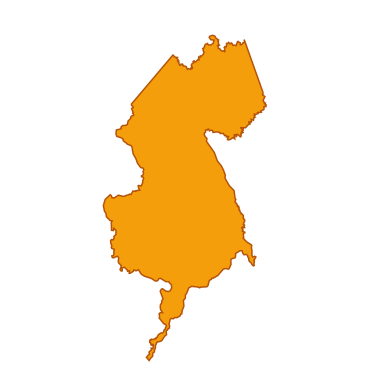 Barbacoas, Nariño, Colombia (Robinson projection), rotated 153°
{"feature_id": "7082276B69446102501587", "entity_name": "Barbacoas", "entity_type": "district", "adm_level": 2, "iso_a3": "COL", "parent_name": "Colombia", "parent_adm1": "Nariño", "projection": "robinson", "projection_center": [-78.08, 1.496], "detail": "fine", "context": "isolated", "style": "filled", "palette": "amber", "viewbox_px": 384, "rotation_deg": 153, "n_neighbors": 0, "source": "geoboundaries", "source_scale": "gbopen_adm2", "svg_char_len": 6038}
<svg xmlns="http://www.w3.org/2000/svg" viewBox="0 0 384 384"><g transform="rotate(153 192 192)"><path d="M284.0,147.7L280.4,147.9L279.1,149.0L277.7,147.2L275.0,147.0L274.5,141.8L272.7,138.7L267.5,133.5L265.1,129.3L263.0,128.5L260.8,129.8L259.3,129.4L255.9,123.9L253.3,122.6L253.4,121.3L252.5,118.9L253.6,115.8L256.2,113.9L258.1,114.0L260.4,115.6L262.1,119.1L263.5,119.3L265.4,118.0L266.3,110.0L268.1,109.0L269.4,106.8L271.1,106.1L272.5,104.0L273.4,101.4L273.0,97.8L275.1,98.9L276.7,98.3L277.3,95.9L278.4,94.6L277.0,87.5L275.5,85.7L275.7,84.0L277.2,83.2L277.8,82.0L279.1,82.0L281.1,80.1L282.4,79.7L283.3,80.4L285.1,80.4L287.1,79.9L288.9,78.5L290.2,78.5L290.8,77.6L291.6,78.2L293.4,78.1L295.1,79.3L296.0,79.3L296.2,78.6L297.0,78.9L298.0,77.0L297.3,76.4L298.0,74.4L297.0,73.4L296.5,74.2L296.0,74.0L296.0,73.3L296.5,73.2L296.3,72.4L298.1,70.2L299.2,71.4L299.9,69.8L303.0,68.9L303.6,66.6L305.1,66.5L307.7,65.3L306.7,61.3L303.8,62.9L301.6,63.5L300.3,66.1L298.1,66.6L297.1,68.2L295.3,69.7L294.3,71.8L290.9,74.3L288.9,73.4L286.4,73.3L281.9,75.9L279.4,76.5L278.2,79.8L276.2,80.3L275.4,81.0L273.9,81.0L272.7,82.9L272.7,84.3L269.1,88.7L267.7,88.6L266.4,87.6L264.2,87.9L262.5,86.9L259.0,87.0L257.3,88.3L256.4,88.1L254.5,90.9L251.1,93.9L248.9,99.2L246.1,100.5L244.7,103.1L242.3,104.5L238.5,108.0L235.2,108.1L229.9,104.7L228.7,103.2L227.0,103.1L221.7,100.8L220.2,101.4L217.3,104.8L215.9,105.5L214.5,105.3L213.2,106.2L212.3,105.6L206.8,105.9L199.3,109.0L197.0,108.7L194.5,106.7L193.9,106.7L190.1,109.8L188.4,113.6L187.5,114.5L183.6,113.9L182.8,114.3L181.0,117.4L175.9,117.9L174.0,116.9L174.5,114.7L174.2,112.5L171.9,111.7L171.3,110.3L171.8,108.6L171.4,107.4L172.3,105.6L172.3,103.9L171.5,101.9L171.5,99.7L170.8,98.3L169.9,98.3L169.5,99.7L167.9,101.8L168.0,103.2L167.3,103.2L164.6,105.1L165.4,106.3L167.3,106.4L167.4,107.6L167.1,109.1L165.2,112.4L164.4,115.5L163.3,116.8L163.0,117.8L165.8,122.4L167.4,127.6L166.8,127.6L165.2,131.6L163.4,131.7L163.2,132.3L164.9,134.0L164.6,134.9L163.8,134.9L163.9,137.5L162.8,137.8L162.7,136.8L161.3,136.4L161.1,138.0L160.3,138.5L160.8,139.5L160.4,139.5L160.3,140.7L158.1,142.2L158.2,143.4L157.7,143.7L158.3,145.0L156.9,147.9L157.4,149.6L158.1,150.1L157.7,150.7L158.2,152.6L157.7,154.0L158.3,154.8L157.6,155.4L157.6,156.8L157.0,157.1L157.9,158.3L157.2,158.5L157.8,159.5L157.4,160.8L157.9,161.3L157.7,162.2L158.2,163.7L156.3,165.5L156.6,166.5L153.9,174.2L155.8,180.2L156.3,186.9L156.1,189.9L154.7,191.8L154.0,197.8L154.0,202.0L155.3,208.3L154.2,217.1L156.1,230.5L154.4,233.0L155.1,235.1L155.0,237.9L153.9,238.9L152.6,239.3L151.9,241.0L150.8,240.8L150.2,240.2L149.0,240.8L148.6,240.4L148.8,238.6L147.8,238.6L145.7,237.6L146.2,235.5L142.4,234.2L140.3,232.6L140.4,231.4L137.6,230.0L137.3,227.4L136.3,227.3L136.0,226.8L136.4,225.5L135.0,225.4L134.3,224.9L136.3,223.2L136.6,222.6L136.2,222.1L134.3,221.4L130.6,221.9L129.8,220.0L128.3,223.8L127.0,223.0L127.4,221.4L126.6,221.6L126.4,223.1L125.1,222.5L123.9,219.2L122.8,219.5L122.2,221.4L121.5,221.4L121.2,222.6L120.6,222.8L119.9,221.8L119.4,221.9L120.0,223.6L118.5,223.6L117.8,224.9L119.4,225.7L119.2,227.1L115.1,224.9L111.4,226.4L109.5,226.3L109.9,227.9L109.5,228.7L108.5,228.1L108.3,227.3L107.0,227.6L106.3,229.9L104.7,228.1L103.2,230.0L101.8,230.0L102.2,230.9L101.3,233.1L100.8,233.0L100.8,231.8L99.6,232.2L97.6,231.9L97.9,232.7L97.5,233.1L94.0,231.6L93.9,233.0L90.5,232.8L89.1,235.5L87.4,234.5L86.4,236.0L87.1,236.6L86.3,237.9L87.3,238.1L86.9,239.7L87.2,241.2L83.7,243.9L85.1,246.7L84.1,247.2L83.5,248.9L76.3,304.1L77.5,301.1L78.7,301.8L81.0,300.7L82.1,301.3L81.3,303.2L82.3,304.2L82.6,305.3L83.6,305.0L86.2,302.4L87.5,303.6L89.0,304.1L88.9,306.0L89.3,307.0L90.9,306.7L91.5,308.7L92.9,308.1L93.8,308.7L95.2,306.0L95.9,305.8L96.6,306.6L97.7,306.2L97.9,304.2L98.8,302.4L99.3,302.3L99.4,303.4L101.1,303.8L101.8,304.5L102.1,306.7L103.4,308.0L102.6,309.0L102.9,310.8L100.9,310.5L101.2,311.9L100.3,313.7L100.3,314.9L99.3,315.3L100.8,318.2L100.9,320.6L102.7,322.4L105.6,322.7L106.5,322.0L106.2,319.2L103.4,317.3L105.9,314.7L109.2,314.6L110.7,315.8L110.7,317.3L113.2,317.5L115.8,315.1L117.3,314.9L117.2,313.8L117.9,312.9L117.8,310.9L119.6,309.5L121.8,308.8L122.8,309.5L123.5,308.4L124.6,309.3L125.4,308.2L125.6,306.7L126.4,307.3L129.9,306.3L130.6,306.9L130.6,307.9L131.8,307.8L131.8,306.5L133.9,306.2L135.1,305.3L134.9,303.9L135.5,301.9L136.5,302.0L136.3,303.2L137.8,302.1L139.2,303.5L140.4,303.4L140.2,306.2L141.0,307.4L142.2,307.9L142.7,309.1L142.2,309.9L142.5,310.3L143.8,310.9L144.5,310.1L145.3,310.5L145.4,312.8L144.9,313.3L145.2,314.3L144.4,314.6L145.3,315.4L144.3,316.1L145.0,318.4L144.1,318.6L145.9,319.9L146.8,322.7L206.1,297.8L206.5,296.6L205.7,294.9L206.1,293.9L207.9,293.9L208.4,289.4L209.1,289.2L208.8,287.8L209.2,286.8L211.4,287.1L212.6,286.6L213.0,285.5L216.8,284.2L218.9,281.5L221.0,281.5L223.5,282.7L225.8,282.0L226.5,280.5L231.3,281.6L233.4,278.2L233.7,275.6L230.4,272.4L229.3,270.2L229.9,269.5L229.5,267.6L228.1,265.1L227.9,264.0L225.4,261.2L225.0,259.5L227.1,252.8L226.9,246.9L227.5,242.3L226.6,237.1L224.7,235.4L224.7,234.0L226.5,232.2L226.7,230.5L228.1,229.4L229.9,229.2L229.9,228.3L228.8,227.4L228.9,226.0L230.6,224.7L232.1,222.3L234.6,220.5L236.7,222.1L237.2,222.0L237.8,219.6L237.7,217.4L240.8,218.4L241.6,218.1L241.9,218.8L242.6,218.6L244.2,219.7L247.4,217.4L248.6,218.5L250.2,218.2L251.7,218.9L253.0,218.7L255.1,219.2L259.1,222.6L264.0,222.0L265.9,223.4L265.5,225.2L266.1,226.7L272.7,224.8L277.1,220.2L278.7,214.5L278.3,212.1L279.5,208.8L277.9,203.7L276.3,202.6L277.7,201.5L281.1,194.4L279.5,193.3L278.1,195.1L277.3,192.9L277.4,191.8L279.1,188.7L281.7,187.9L282.2,186.6L283.6,185.4L284.1,185.2L285.3,186.2L286.6,185.7L287.7,182.7L287.8,180.7L289.1,179.1L289.0,177.9L287.2,176.2L289.0,174.1L289.2,172.7L291.0,171.0L292.4,171.5L292.8,170.2L292.6,169.5L291.5,168.9L288.0,168.8L287.4,168.4L287.4,166.1L288.9,164.3L289.6,162.3L288.5,158.7L289.5,157.1L291.1,155.9L291.4,154.8L291.0,153.8L290.2,153.4L289.4,154.3L289.0,156.1L286.5,155.7L285.1,151.9L285.4,150.6L283.5,150.2L284.9,148.1L284.0,147.7Z" fill="#f59e0b" stroke="#b45309" stroke-width="1.5"/></g></svg>